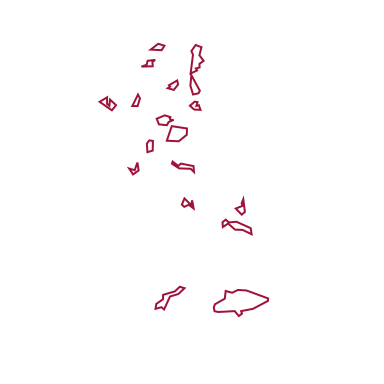 map outline of Notio Aigaio (orthographic projection), rotated 46°
{"feature_id": "GRC-3013", "entity_name": "Notio Aigaio", "entity_type": "Region", "adm_level": 1, "iso_a3": "GRC", "parent_name": "Greece", "parent_adm1": "", "projection": "orthographic", "projection_center": [25.984, 36.675], "detail": "medium", "context": "isolated", "style": "outline", "palette": "rose", "viewbox_px": 384, "rotation_deg": 46, "n_neighbors": 0, "source": "natural_earth", "source_scale": "10m", "svg_char_len": 1944}
<svg xmlns="http://www.w3.org/2000/svg" viewBox="0 0 384 384"><g transform="rotate(46 192 192)"><path d="M323.1,213.0L318.4,229.3L311.8,239.4L314.2,240.5L313.8,244.5L307.4,244.0L296.5,256.5L293.4,258.6L290.2,256.5L288.7,253.5L291.5,242.5L286.6,236.5L292.4,233.1L294.3,227.1L300.7,221.2L321.4,211.2L323.1,213.0ZM142.8,151.5L147.2,156.0L146.3,166.3L137.6,174.5L130.6,160.8L142.8,151.5ZM108.1,103.9L105.8,110.7L94.0,96.0L90.2,94.5L88.8,87.3L94.4,84.6L98.8,91.7L105.7,92.5L105.0,97.7L107.7,100.0L105.8,103.4L108.1,103.9ZM251.9,280.4L257.1,293.7L253.6,294.0L250.7,299.4L247.7,295.5L249.0,287.3L245.9,284.2L251.6,273.4L251.7,266.6L256.0,264.2L255.9,272.7L251.9,280.4ZM258.8,174.9L263.8,178.5L254.5,181.9L248.9,187.2L239.8,187.9L238.6,194.1L234.9,191.0L235.4,186.9L239.4,186.7L244.3,180.7L258.8,174.9ZM114.4,119.3L107.5,111.3L124.6,116.0L125.5,118.8L122.6,123.5L114.4,119.3ZM126.5,163.6L120.4,168.8L114.8,166.5L117.9,158.4L123.8,155.1L122.8,156.5L125.2,157.4L127.4,155.1L125.4,160.2L126.5,163.6ZM68.6,186.8L76.8,186.3L77.6,192.9L63.0,195.8L64.9,187.3L69.6,191.9L72.6,191.5L68.6,186.8ZM67.6,110.2L68.9,115.3L60.9,122.8L61.9,113.4L67.6,110.2ZM174.4,172.9L179.0,176.7L174.4,176.8L166.1,184.8L157.8,186.8L156.7,184.8L163.8,183.7L163.8,180.3L174.4,172.9ZM234.3,172.0L237.1,165.2L234.6,164.1L232.8,160.1L243.1,167.8L242.8,172.0L234.3,172.0ZM125.8,190.8L125.2,186.9L128.1,184.6L134.9,191.5L132.4,196.4L125.8,190.8ZM66.8,132.8L71.4,126.7L70.9,130.1L74.3,132.9L66.6,141.3L69.0,136.3L66.8,132.8ZM198.1,197.7L205.0,202.3L198.9,203.2L197.3,207.9L194.1,208.1L191.4,201.9L200.9,201.7L198.1,197.7ZM134.3,133.1L128.5,133.6L128.9,127.3L131.2,125.6L133.1,129.0L134.3,126.8L138.8,128.8L134.3,133.1ZM88.5,164.4L92.4,171.5L88.7,175.2L84.4,163.2L88.5,164.4ZM105.0,127.3L105.9,134.2L100.5,137.3L101.0,134.5L99.2,134.4L101.5,125.2L105.0,127.3ZM132.9,210.8L139.4,215.4L138.4,222.2L131.5,220.9L136.5,218.1L132.9,210.8Z" fill="none" stroke="#9f1239" stroke-width="2"/></g></svg>